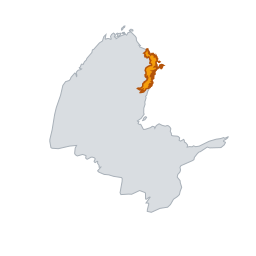 where Ostrobothnia sits in Finland, rotated 141°
{"feature_id": "FIN-3182", "entity_name": "Ostrobothnia", "entity_type": "Province", "adm_level": 1, "iso_a3": "FIN", "parent_name": "Finland", "parent_adm1": "", "projection": "natural_earth1", "projection_center": [22.043, 62.87], "detail": "fine", "context": "in_parent", "style": "filled", "palette": "amber", "viewbox_px": 256, "rotation_deg": 141, "n_neighbors": 0, "source": "natural_earth", "source_scale": "10m", "svg_char_len": 8658}
<svg xmlns="http://www.w3.org/2000/svg" viewBox="0 0 256 256"><g transform="rotate(141 128 128)"><path d="M101.2,111.7L99.8,108.6L97.9,106.0L95.9,105.2L95.2,104.2L94.9,102.1L95.2,100.4L97.3,98.8L97.7,96.6L98.8,94.9L98.2,93.8L94.8,90.6L94.3,89.6L94.1,87.8L96.0,86.3L95.4,84.7L91.9,84.1L92.0,83.1L93.0,81.5L92.4,80.2L92.4,77.2L94.1,75.9L92.0,74.9L90.0,73.0L88.3,72.9L87.2,70.9L84.1,69.1L73.2,66.6L66.5,63.8L62.9,61.6L59.6,60.3L59.3,59.1L55.8,58.2L56.5,57.6L59.2,57.6L61.4,58.1L62.2,57.4L61.3,55.7L61.5,55.3L64.0,54.3L68.1,54.3L77.0,61.1L78.4,63.3L86.8,64.1L87.7,64.6L90.0,64.5L94.9,63.4L96.7,61.9L98.5,62.1L110.5,65.4L112.4,64.7L113.4,62.6L114.4,61.7L115.7,61.0L118.5,60.6L120.6,58.9L120.7,54.2L121.7,52.8L123.6,48.1L127.3,46.0L130.0,43.9L132.6,43.6L137.5,44.0L143.2,41.8L147.0,41.5L153.7,45.4L162.9,47.8L165.5,51.1L164.4,52.3L159.6,55.9L159.5,56.8L161.2,58.4L154.4,60.3L154.9,60.9L158.6,61.1L159.0,61.8L155.5,66.3L155.4,67.1L158.3,72.1L166.8,74.2L169.2,76.3L175.4,80.7L174.9,82.7L166.3,90.1L164.4,92.2L164.2,93.5L169.6,99.5L172.5,103.8L175.7,106.9L178.4,112.0L178.6,113.8L173.7,114.7L175.1,115.7L174.0,117.3L173.9,119.6L172.6,121.1L172.9,121.5L175.3,121.8L175.5,122.8L175.3,123.5L172.9,124.6L172.8,125.8L174.1,127.9L175.2,128.6L179.1,129.3L179.6,129.8L179.8,131.3L178.1,132.8L178.2,133.3L179.9,136.0L185.0,138.2L185.6,139.8L185.7,140.9L185.4,141.9L181.7,145.6L178.9,146.8L184.8,150.7L195.2,155.8L199.8,160.1L200.2,161.3L197.2,166.8L195.9,168.3L188.0,174.4L176.7,184.5L171.0,188.9L159.9,195.8L151.8,202.1L147.3,203.3L143.8,201.9L142.1,202.2L140.4,203.2L134.8,204.2L134.5,203.2L135.6,200.4L135.1,200.5L134.2,201.8L133.7,203.3L132.6,204.0L130.3,204.3L128.0,203.1L126.9,203.1L128.1,204.9L128.0,205.5L126.8,205.4L124.3,206.8L123.7,206.8L122.9,205.6L120.2,206.9L117.6,207.1L116.1,208.0L108.6,209.4L106.5,211.1L105.1,210.7L96.7,212.1L93.1,211.7L89.3,214.2L86.3,214.5L89.4,211.9L89.5,211.1L87.9,210.6L86.7,209.7L85.6,207.8L85.0,207.7L84.0,210.1L82.0,211.0L79.5,210.9L79.2,209.9L79.6,208.9L79.2,208.7L79.6,207.9L80.9,207.8L81.2,207.4L81.2,207.0L80.2,206.5L81.1,204.8L76.7,204.4L71.2,202.6L70.6,201.0L67.9,202.1L65.5,201.0L65.2,200.3L64.6,194.5L64.8,192.9L66.2,191.0L66.6,189.1L66.6,185.5L67.3,185.5L66.4,184.4L67.7,184.1L67.9,183.7L64.9,178.1L63.2,176.8L64.6,172.7L64.4,171.8L64.2,170.7L62.1,169.4L61.2,165.8L61.8,163.8L66.0,160.2L66.2,158.8L68.6,158.7L67.5,157.4L67.2,155.8L70.6,155.3L71.8,155.7L74.8,155.2L77.5,154.0L76.4,151.8L77.8,151.8L77.4,151.3L77.4,150.7L78.5,150.9L80.2,149.4L80.3,148.3L83.2,147.7L86.6,145.3L89.7,144.0L92.9,141.7L94.3,141.6L95.0,140.0L98.6,137.6L99.8,135.7L103.2,133.5L106.4,129.7L106.7,128.6L111.8,127.2L116.3,127.6L116.2,126.7L115.5,126.1L117.4,125.1L116.9,123.6L115.8,122.9L116.9,117.2L115.4,116.1L110.2,114.1L108.0,114.0L106.8,112.5L107.4,110.8L104.5,112.1L101.2,111.7ZM74.9,205.2L78.0,205.2L78.8,206.1L77.4,206.7L77.4,207.4L78.1,208.5L76.7,208.5L75.8,207.3L74.2,206.4L74.9,205.2ZM110.5,125.4L108.5,126.0L107.0,125.6L106.9,124.5L109.7,123.8L112.4,124.6L111.1,124.8L110.5,125.4ZM63.1,154.6L63.0,155.5L64.8,154.9L65.5,155.1L65.4,156.0L64.8,155.8L63.3,156.7L61.9,155.9L61.0,154.6L63.1,154.6ZM65.7,202.2L65.6,203.0L63.7,203.0L62.9,202.2L62.5,200.9L63.3,200.3L63.7,201.0L65.7,202.2ZM73.1,205.5L72.1,205.6L70.7,204.8L70.6,204.4L71.1,204.2L70.9,203.2L71.9,203.8L72.5,204.4L71.9,204.6L73.1,205.5ZM70.9,209.0L69.6,209.6L69.0,209.4L69.2,208.4L70.0,208.0L71.3,207.9L70.9,209.0ZM68.1,209.6L66.9,209.7L66.2,209.2L67.3,208.4L68.2,208.5L68.4,209.0L68.1,209.6Z" fill="#d9dde1" stroke="#a8b0b8" stroke-width="1"/><path d="M64.0,177.6L63.5,177.4L63.7,177.1L63.6,176.9L63.0,176.8L63.5,175.7L63.6,175.3L63.7,174.5L63.8,174.3L64.0,174.7L64.2,174.2L64.3,174.0L64.2,173.8L64.4,173.6L65.0,173.2L64.9,172.8L64.5,172.6L64.8,172.0L64.5,172.0L64.2,172.4L64.0,172.6L64.3,171.5L64.3,170.7L64.4,170.4L63.6,170.6L63.4,170.6L63.3,170.4L63.3,170.2L63.4,169.9L63.5,169.7L62.6,170.4L62.5,170.6L62.7,170.8L62.4,170.8L62.4,170.5L62.5,169.8L62.3,169.7L62.5,169.4L62.3,169.3L62.1,169.3L61.6,169.6L61.6,169.4L61.9,168.6L61.5,168.7L61.4,168.6L61.4,168.0L61.5,167.8L61.9,167.5L61.5,167.0L62.4,166.5L62.6,166.5L62.4,166.2L61.5,166.1L61.3,165.8L61.0,166.0L60.7,166.3L60.8,165.9L61.0,165.2L60.9,164.9L61.5,164.7L61.9,164.4L62.0,164.2L61.7,163.9L61.4,163.7L61.3,163.4L61.4,163.1L61.6,162.9L61.9,162.9L62.3,163.1L62.8,162.5L62.9,161.8L63.1,161.6L63.4,161.6L64.4,161.8L64.6,161.8L65.1,161.4L65.5,160.4L66.1,160.2L65.8,159.6L65.8,158.7L66.0,158.5L66.3,158.6L66.3,158.4L66.5,158.1L66.9,158.3L67.4,158.7L68.2,158.9L68.6,159.0L69.1,158.9L68.5,158.4L67.4,157.7L67.5,157.2L67.2,157.3L66.8,157.2L66.8,156.7L66.6,156.7L67.3,156.4L66.7,156.2L66.5,155.8L66.6,155.6L67.3,155.4L68.1,155.9L68.5,156.0L68.8,155.6L69.4,155.9L69.8,155.9L70.1,155.8L69.3,155.6L69.8,155.2L70.5,155.2L71.5,154.9L71.8,154.9L71.6,155.3L71.8,156.0L71.6,156.3L72.0,156.3L73.0,156.9L72.6,156.2L73.1,156.0L73.5,155.2L73.8,155.1L74.2,155.5L74.4,155.5L74.9,155.2L75.3,155.4L75.5,155.4L75.6,155.1L75.9,155.2L76.5,154.8L76.9,154.2L77.0,154.2L77.3,154.6L77.6,154.5L78.2,153.8L77.6,153.2L77.3,153.0L76.5,152.3L76.1,152.2L75.9,152.1L75.7,151.5L76.0,151.3L76.5,151.3L77.3,151.9L78.1,152.0L78.5,152.2L77.4,151.5L76.9,151.0L76.8,150.5L76.9,150.3L77.1,150.3L77.7,150.4L77.6,150.7L77.6,150.9L78.2,151.0L78.5,151.2L78.4,151.6L78.6,151.5L79.0,151.2L78.9,151.0L78.9,150.8L79.3,149.8L79.7,149.5L79.8,149.3L80.4,149.5L80.3,149.3L79.8,148.7L80.3,148.3L80.2,148.1L80.7,148.2L81.0,148.1L81.1,147.8L81.0,147.3L81.3,147.4L81.6,147.7L81.7,147.4L81.9,147.3L82.1,147.3L82.5,147.6L82.6,147.9L82.5,148.1L82.9,148.6L83.0,148.7L83.4,148.6L83.9,148.3L84.2,148.3L84.2,147.9L84.3,147.7L84.5,147.6L84.9,147.4L85.1,147.3L84.2,146.9L85.1,146.9L84.8,146.6L85.1,146.7L85.5,146.6L85.5,146.3L85.2,146.1L85.1,145.9L85.1,145.7L85.4,145.6L85.7,145.7L85.8,145.8L86.1,146.2L86.3,146.3L86.5,146.1L86.3,145.9L86.6,146.0L86.9,145.9L89.1,147.0L89.7,147.0L90.7,146.5L91.2,146.4L92.4,146.6L92.7,146.2L93.1,146.2L94.2,146.7L95.9,147.6L96.2,147.9L96.0,148.0L94.6,148.2L93.7,148.5L93.3,148.4L93.1,147.9L92.7,148.0L92.9,148.4L92.6,148.6L92.6,148.8L92.3,148.9L93.0,149.1L93.7,149.1L94.0,149.2L94.1,149.8L94.9,150.2L95.1,150.6L95.4,152.1L95.6,152.4L95.9,152.7L95.9,152.8L95.7,152.8L95.1,152.6L94.6,152.3L93.7,151.4L93.2,151.2L92.4,151.0L91.1,151.0L90.4,151.2L89.9,151.6L89.1,152.6L88.6,153.1L88.0,153.2L86.3,153.0L86.1,153.2L86.2,153.5L85.9,153.5L84.7,153.3L83.0,153.3L81.9,153.9L82.2,154.3L81.3,154.5L80.9,154.7L80.8,154.9L80.8,155.1L81.1,155.2L81.2,155.3L80.8,155.7L81.1,155.7L80.9,156.2L82.0,156.1L82.2,156.4L82.2,157.0L81.8,157.1L81.7,157.3L81.8,157.4L81.8,157.5L81.6,158.0L81.4,158.1L81.0,158.0L80.5,158.1L80.4,158.3L80.6,158.5L80.3,158.5L79.8,158.9L78.9,160.1L78.8,160.5L78.6,161.0L78.6,161.5L78.5,161.8L77.1,162.9L76.5,163.2L76.1,163.4L75.6,163.4L73.1,163.1L72.1,162.8L71.5,162.6L70.4,161.8L70.1,161.9L69.7,162.6L69.6,163.2L69.6,163.5L69.7,163.9L70.3,164.4L70.1,164.8L69.2,165.5L67.7,166.2L67.8,166.8L68.1,166.9L68.0,167.2L67.7,168.0L67.3,168.7L67.2,169.0L67.2,169.5L67.1,169.8L67.0,170.0L67.3,170.2L67.3,170.4L68.3,170.3L68.8,170.4L69.0,170.5L68.8,170.8L69.0,171.4L68.9,171.9L69.1,172.1L69.7,172.3L70.0,172.5L70.0,172.8L69.1,173.0L68.9,173.2L68.9,173.5L69.2,173.8L69.2,174.0L68.5,174.1L68.4,174.7L68.3,175.9L68.5,176.2L66.9,176.2L66.2,176.2L65.5,176.4L64.7,177.2L64.3,177.4L64.0,177.6ZM65.5,155.1L65.4,155.3L65.4,155.6L65.6,155.9L64.9,156.1L65.0,155.8L64.7,155.8L63.8,156.3L64.2,156.5L63.9,156.7L63.2,156.8L62.7,156.2L62.4,156.1L62.1,156.2L61.9,156.2L61.7,155.9L62.0,155.9L61.3,155.3L61.0,154.4L61.5,154.7L62.6,154.5L63.2,154.5L62.8,154.8L62.5,155.2L62.6,155.4L62.5,155.5L63.4,155.6L63.7,155.7L63.9,155.5L63.8,155.2L64.1,155.0L64.7,154.9L65.2,154.9L65.5,155.1ZM75.1,155.0L74.3,154.9L74.3,154.7L74.1,154.6L74.3,154.4L74.1,153.9L74.7,153.7L75.0,153.8L75.3,154.0L75.5,153.9L75.8,154.0L76.0,153.9L76.1,153.5L76.3,153.5L76.4,154.0L76.5,154.1L76.2,154.6L75.7,154.7L75.3,154.4L74.7,154.5L75.3,154.7L75.4,154.8L75.1,155.0ZM83.9,146.0L84.2,146.1L83.8,146.7L83.6,146.6L83.5,146.8L83.0,147.0L82.5,146.7L82.2,146.3L83.0,145.9L83.3,145.8L83.5,145.8L83.8,146.1L83.9,146.0ZM64.2,154.4L64.1,154.1L63.6,154.2L63.0,153.7L64.5,153.1L64.9,153.4L64.9,153.6L64.7,153.9L64.2,154.4ZM62.7,160.3L62.4,160.1L62.1,160.3L61.8,160.2L61.7,159.9L61.9,160.0L62.0,159.8L61.8,159.6L61.7,159.5L61.6,159.3L61.9,159.2L62.5,159.5L62.8,159.8L62.8,160.0L62.7,160.3ZM72.6,153.7L73.2,152.8L73.6,152.8L74.0,152.7L74.5,152.8L74.3,152.9L74.3,153.1L74.2,153.2L73.6,153.1L73.4,153.1L73.2,153.4L72.6,153.7ZM73.3,153.8L73.7,153.8L74.0,154.2L73.8,154.5L73.4,154.6L73.3,154.4L73.2,154.4L73.1,154.6L72.9,154.6L72.9,154.4L72.9,154.2L73.1,154.0L73.6,154.1L73.3,153.8Z" fill="#f59e0b" stroke="#b45309" stroke-width="1.5"/></g></svg>